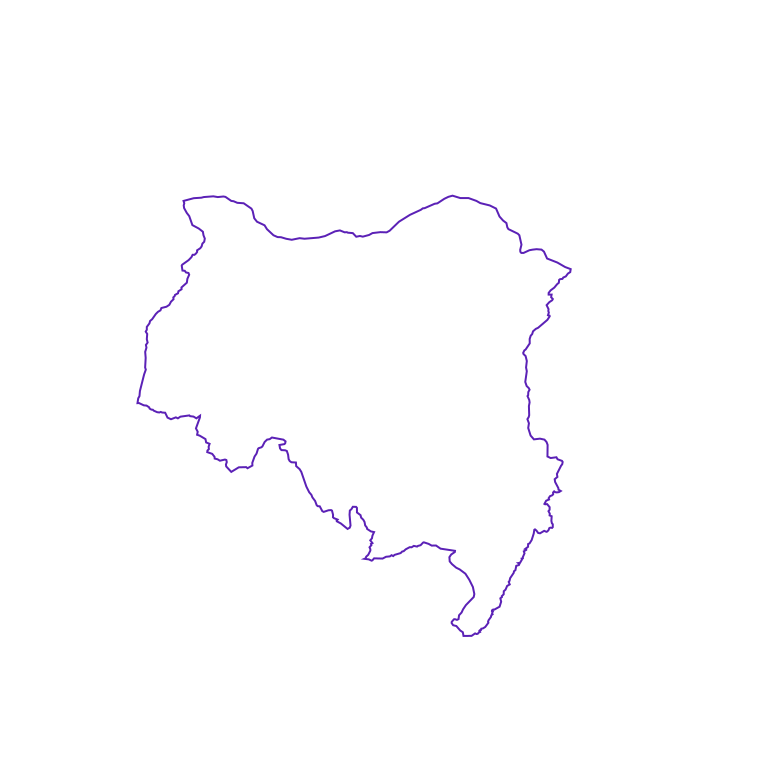 San Carlos, Antioquia, Colombia, rotated 238°
{"feature_id": "7082276B57278693475313", "entity_name": "San Carlos", "entity_type": "district", "adm_level": 2, "iso_a3": "COL", "parent_name": "Colombia", "parent_adm1": "Antioquia", "projection": "natural_earth1", "projection_center": [-74.94, 6.191], "detail": "fine", "context": "isolated", "style": "outline", "palette": "violet", "viewbox_px": 768, "rotation_deg": 238, "n_neighbors": 0, "source": "geoboundaries", "source_scale": "gbopen_adm2", "svg_char_len": 6166}
<svg xmlns="http://www.w3.org/2000/svg" viewBox="0 0 768 768"><g transform="rotate(238 384 384)"><path d="M128.2,317.9L124.0,324.8L124.2,329.1L123.0,329.9L122.5,331.1L123.0,332.7L122.8,334.0L124.1,334.0L124.4,334.7L123.9,335.7L124.9,336.8L124.3,338.4L124.3,341.1L126.2,346.0L127.2,346.2L128.2,347.4L129.8,351.3L131.0,352.4L131.2,354.1L132.3,354.1L133.4,355.8L134.2,355.2L134.8,355.6L134.9,357.0L134.2,358.1L133.9,364.0L137.3,368.0L140.6,369.1L140.8,371.1L141.7,371.5L142.2,374.0L144.8,375.8L145.2,378.1L147.5,381.4L147.4,384.4L150.1,384.9L150.5,386.1L152.5,388.1L155.1,393.9L156.3,395.0L156.5,396.8L159.7,399.8L159.0,402.5L159.7,403.5L161.0,403.0L160.3,404.7L162.0,407.9L163.0,408.2L162.6,409.4L163.7,410.1L165.9,413.4L168.0,413.9L167.9,416.7L168.5,417.1L169.3,416.4L169.6,419.9L171.9,421.4L171.7,423.0L173.4,426.5L177.8,431.7L180.7,434.2L180.7,435.0L179.0,435.6L176.0,435.8L174.7,437.2L174.6,442.0L172.6,443.4L172.4,444.2L172.8,445.9L174.2,447.9L174.0,449.0L172.9,450.3L173.2,451.3L175.6,452.8L176.9,452.6L179.2,453.4L183.0,456.1L184.8,454.8L186.2,455.9L189.0,456.1L189.6,457.8L191.8,459.2L195.7,458.7L196.6,456.9L197.3,456.5L199.1,459.7L198.6,462.8L199.9,463.1L200.9,465.3L200.5,467.6L200.8,469.0L202.4,469.9L202.8,471.4L201.6,471.8L200.5,473.1L199.6,475.1L199.6,477.2L201.9,476.0L203.4,476.7L210.2,477.2L212.8,478.3L213.3,481.8L216.1,483.0L220.9,490.9L221.5,492.6L223.2,494.2L224.5,494.2L228.2,491.3L230.5,491.4L232.9,486.1L235.9,484.2L245.7,490.5L248.6,491.1L251.8,490.6L255.0,487.3L257.6,481.8L262.6,481.0L270.3,483.0L273.9,486.1L278.2,487.0L279.2,489.1L280.6,490.6L288.5,495.2L291.2,497.7L293.5,498.7L297.7,499.3L298.1,500.3L300.7,502.1L302.0,504.4L303.8,504.6L306.7,503.9L310.9,504.9L319.2,511.9L322.7,513.2L327.8,517.3L332.7,518.9L335.4,518.2L336.6,518.5L338.1,520.8L338.2,522.4L341.2,529.1L345.0,531.4L347.2,534.0L347.8,536.1L349.7,538.3L350.3,542.0L350.0,544.4L351.8,556.5L353.6,560.4L354.2,560.6L355.4,559.5L357.3,561.7L358.8,562.0L360.3,563.2L364.7,563.7L365.8,567.6L365.9,571.0L366.6,572.2L369.0,571.7L371.0,573.5L372.6,571.0L374.0,571.9L375.1,574.9L375.5,579.5L376.9,583.7L377.2,585.9L379.5,587.7L379.6,588.9L378.6,591.0L379.3,592.5L378.9,595.2L380.2,598.5L380.2,601.2L382.5,603.2L387.2,599.6L395.1,595.4L404.0,588.8L411.5,589.8L414.5,588.8L417.5,584.8L419.2,581.2L420.4,578.2L421.2,571.8L422.4,569.9L423.9,569.7L425.6,570.6L429.3,574.4L438.4,577.6L440.6,577.1L449.4,571.6L451.5,571.6L455.6,573.1L459.5,571.6L464.8,570.7L473.4,572.0L479.4,568.3L486.4,561.5L490.3,559.4L496.9,554.2L501.3,547.2L507.4,541.9L508.6,537.8L509.1,533.3L508.9,525.0L510.0,522.5L511.6,511.6L512.4,510.0L512.2,507.5L513.7,495.7L513.7,482.7L511.0,470.0L511.2,466.6L514.7,461.4L518.1,454.2L518.3,450.3L520.2,444.1L522.3,442.0L523.6,438.5L528.5,437.5L531.5,433.5L532.4,433.0L533.5,431.0L537.6,428.0L539.4,423.4L540.7,412.4L542.8,406.2L549.3,393.6L552.4,389.7L555.2,382.2L559.0,378.0L563.1,374.4L565.0,371.6L568.7,369.1L577.3,366.8L581.9,366.8L588.9,362.3L593.3,361.8L600.3,364.3L603.0,364.5L611.6,360.8L615.4,355.6L618.7,353.3L620.2,351.5L626.7,348.7L628.1,347.2L630.6,342.1L633.6,338.7L638.0,330.3L638.8,327.8L642.4,321.1L645.5,311.0L643.1,310.4L641.6,308.8L639.1,307.7L633.6,307.4L629.6,307.8L620.3,305.7L614.0,309.3L609.1,311.1L605.7,309.7L602.3,309.1L599.9,306.9L599.3,304.4L597.3,302.2L596.5,300.1L596.4,296.3L595.0,295.5L594.3,293.8L594.0,291.8L595.0,290.2L593.6,287.9L592.6,284.0L592.1,276.1L591.6,275.2L587.0,273.2L585.6,275.0L583.5,275.2L581.8,277.0L579.9,276.7L577.4,273.0L574.4,270.5L573.2,263.4L571.6,262.5L571.6,258.8L570.1,257.4L570.3,254.0L569.4,252.9L569.1,251.2L567.4,250.4L566.7,247.0L564.9,243.9L564.8,240.5L566.4,235.5L564.9,233.4L565.0,230.6L564.3,227.6L561.8,221.7L561.4,219.0L559.7,217.2L558.1,213.1L555.7,211.6L554.7,209.7L551.9,209.7L547.7,206.6L544.4,205.5L543.3,202.8L540.7,201.8L537.8,198.5L532.4,195.7L524.6,190.2L522.4,189.6L519.2,185.6L507.4,173.3L503.3,170.2L502.1,168.0L498.4,164.8L497.7,166.1L493.2,169.0L491.5,171.2L488.6,172.5L487.4,172.2L485.6,173.1L484.7,174.3L483.4,174.6L480.3,176.7L478.9,178.4L478.6,179.9L477.4,180.7L475.6,183.2L470.2,182.6L467.0,184.7L466.0,189.8L464.1,191.0L464.2,194.0L460.5,202.3L459.5,202.5L457.3,205.2L454.3,206.7L454.6,211.2L453.2,210.2L446.0,201.0L442.2,200.7L440.0,198.6L437.9,200.3L431.9,203.4L428.7,202.2L425.7,204.4L423.7,202.0L421.6,201.0L421.1,199.0L419.9,198.0L415.8,201.3L412.1,201.7L410.5,200.9L408.3,203.0L405.9,204.2L404.2,209.1L403.1,210.0L401.1,209.3L399.5,207.3L397.7,206.5L390.4,207.9L390.3,216.7L386.5,223.1L384.9,223.6L384.6,229.2L386.9,230.5L391.1,235.8L392.5,239.0L395.7,242.7L396.0,243.6L395.3,246.5L395.5,247.8L398.1,252.1L398.8,255.4L397.8,257.8L398.0,260.6L390.1,269.2L387.5,270.1L386.1,268.8L385.8,267.7L387.7,263.0L384.4,261.7L382.3,262.0L380.2,265.0L378.7,266.1L374.9,265.2L370.8,263.3L368.6,263.2L366.7,264.0L364.1,267.7L360.9,266.0L356.6,267.3L353.3,267.3L338.2,263.8L331.8,263.2L328.5,263.7L325.8,263.2L321.3,263.6L317.0,262.7L315.6,263.0L314.3,264.7L308.9,264.3L307.5,265.1L306.3,270.1L305.1,272.3L304.2,272.8L300.1,271.5L298.0,270.1L296.7,270.5L293.6,272.8L293.2,271.4L292.6,271.2L288.6,273.5L280.4,276.3L280.3,278.8L281.7,280.6L291.4,285.5L294.8,288.0L295.1,290.0L296.4,292.5L294.6,295.2L293.3,295.4L289.4,293.0L285.2,294.6L282.8,293.8L279.9,294.5L277.4,294.4L274.0,293.1L271.4,293.4L270.0,292.9L265.9,294.8L263.7,297.1L261.5,293.8L259.5,292.0L258.7,289.5L255.2,289.9L255.3,288.2L254.0,287.9L253.2,285.2L251.2,284.9L249.9,284.1L247.5,280.1L247.0,277.4L245.9,276.1L246.1,274.8L243.3,278.2L240.8,279.8L240.6,280.7L241.4,283.2L236.7,290.3L236.4,294.2L234.7,297.6L234.8,299.7L233.2,300.6L233.5,302.4L231.8,308.5L232.3,310.6L231.8,312.1L232.3,314.8L232.0,319.3L230.9,320.9L230.9,323.5L228.6,325.9L228.7,327.0L227.9,329.6L228.8,333.1L228.6,333.9L224.8,337.1L221.7,338.8L219.5,342.5L214.4,344.7L204.9,355.8L204.0,355.1L203.8,350.6L202.5,347.7L198.7,345.7L195.2,346.2L189.9,347.9L186.7,349.9L180.0,352.5L172.9,352.6L164.7,351.8L158.0,349.3L155.8,347.2L153.1,336.3L151.0,331.6L149.1,328.7L148.1,325.1L145.1,322.6L145.3,320.9L147.0,319.5L147.4,318.6L146.4,315.4L145.5,314.7L142.8,314.8L140.4,317.1L134.6,318.0L131.7,319.3L128.2,317.9Z" fill="none" stroke="#5b21b6" stroke-width="2"/></g></svg>